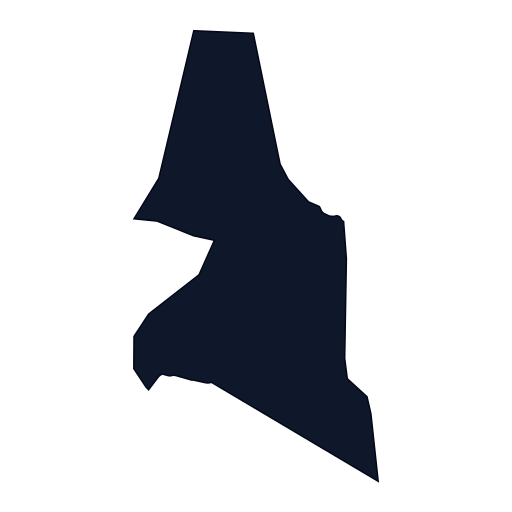 an SVG outline of Saint John
{"feature_id": "DMA-1435", "entity_name": "Saint John", "entity_type": "Parish", "adm_level": 1, "iso_a3": "DMA", "parent_name": "Dominica", "parent_adm1": "", "projection": "robinson", "projection_center": [-61.45, 15.568], "detail": "fine", "context": "isolated", "style": "filled", "palette": "ink", "viewbox_px": 512, "rotation_deg": 0, "n_neighbors": 0, "source": "natural_earth", "source_scale": "10m", "svg_char_len": 754}
<svg xmlns="http://www.w3.org/2000/svg" viewBox="0 0 512 512"><path d="M148.6,389.8L146.1,387.2L133.8,368.7L134.0,336.4L148.7,314.0L199.0,274.8L214.4,240.3L193.6,235.8L157.1,221.1L134.0,218.8L158.8,178.3L193.8,30.7L253.3,33.3L280.1,164.1L288.2,179.4L308.5,201.8L319.4,206.6L320.2,208.1L321.6,211.2L322.7,212.5L323.9,213.4L329.3,216.0L330.9,216.2L333.7,216.4L335.0,216.1L336.0,215.9L337.1,215.7L338.0,216.0L339.0,216.4L339.9,217.0L342.2,220.8L343.6,221.4L346.4,258.7L344.7,358.4L347.3,378.7L367.0,396.7L370.9,413.7L378.2,481.3L211.2,382.2L210.1,382.7L208.1,383.0L205.8,382.8L193.0,380.0L191.7,380.1L176.0,375.6L173.5,375.2L170.7,375.8L168.8,375.8L162.1,374.0L159.8,375.5L158.5,376.7L148.6,389.8Z" fill="#0f172a" stroke="#020617" stroke-width="1.5"/></svg>